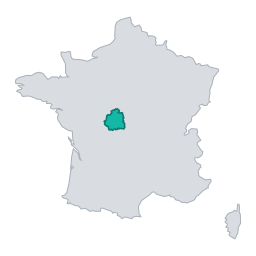 Indre on a map of France (Mercator projection)
{"feature_id": "FRA-5309", "entity_name": "Indre", "entity_type": "Metropolitan department", "adm_level": 1, "iso_a3": "FRA", "parent_name": "France", "parent_adm1": "", "projection": "mercator", "projection_center": [1.588, 46.82], "detail": "fine", "context": "in_parent", "style": "filled", "palette": "teal", "viewbox_px": 256, "rotation_deg": 0, "n_neighbors": 0, "source": "natural_earth", "source_scale": "10m", "svg_char_len": 5815}
<svg xmlns="http://www.w3.org/2000/svg" viewBox="0 0 256 256"><path d="M210.2,101.8L208.3,102.8L207.1,105.0L205.9,105.5L203.7,105.5L202.6,104.2L200.0,105.0L198.9,106.4L200.5,108.1L195.3,114.9L191.9,116.7L191.2,121.2L187.3,124.5L185.8,128.0L185.7,128.7L186.7,129.8L186.3,132.1L184.3,133.5L184.3,135.0L184.9,135.2L187.9,134.0L189.1,132.7L188.4,130.8L191.5,128.6L197.0,129.1L197.6,132.1L196.9,134.7L200.8,140.1L197.4,142.6L197.2,144.3L200.7,149.7L202.9,151.9L201.7,155.5L198.0,157.8L195.7,157.6L194.6,158.2L194.7,159.3L196.4,162.6L200.4,164.7L201.0,167.1L199.9,168.0L198.0,171.7L198.8,173.5L198.5,174.3L198.9,175.6L200.0,176.8L205.5,179.9L210.5,179.3L211.2,181.1L208.1,185.9L208.3,188.0L206.7,188.0L206.4,188.8L203.3,190.4L198.4,195.2L196.0,196.6L195.1,199.0L193.7,200.3L186.6,203.1L185.2,202.4L181.8,202.5L179.6,200.8L175.4,199.7L174.1,197.2L170.2,196.7L170.0,195.0L164.5,196.6L156.8,194.3L154.1,191.8L151.9,192.4L149.9,194.6L141.6,200.5L138.4,206.4L139.0,213.4L140.9,216.8L135.8,216.3L132.8,217.3L132.1,218.7L125.0,217.0L122.3,218.5L121.6,218.4L120.7,216.9L117.2,215.3L117.7,214.1L117.2,213.1L113.9,212.3L112.8,213.3L111.6,211.3L102.4,208.1L100.9,208.2L100.3,211.3L94.3,211.2L93.5,210.6L89.7,211.3L85.6,208.4L81.1,208.9L78.3,205.9L75.6,205.7L71.8,204.2L70.1,203.3L69.9,202.4L68.7,203.8L67.3,203.5L67.0,203.1L67.9,201.4L68.1,199.4L63.4,198.0L62.1,196.6L62.1,195.8L64.6,195.2L66.9,192.4L69.1,182.5L70.7,170.6L71.9,168.4L73.4,167.7L72.2,166.1L70.7,168.3L71.6,157.3L73.3,148.9L77.3,152.4L78.3,153.8L79.4,158.8L81.7,160.8L80.2,158.8L78.8,152.3L77.9,150.4L71.5,144.9L71.3,143.6L74.1,144.3L72.9,140.1L72.3,131.3L68.4,130.4L62.2,126.7L57.9,119.9L57.4,117.4L58.5,114.7L57.6,113.0L55.7,111.8L57.1,109.4L58.4,109.2L62.9,110.5L59.2,108.3L53.3,109.1L50.9,108.3L50.5,106.7L52.1,104.6L50.1,103.3L46.7,103.6L46.3,103.1L47.3,101.6L46.4,101.0L43.7,101.6L42.1,101.1L40.6,99.4L36.1,99.0L35.1,98.0L28.9,96.0L22.4,96.4L20.6,93.0L16.7,91.3L17.5,90.2L21.4,89.2L22.2,88.2L19.3,86.8L18.3,85.4L23.6,85.1L21.2,83.6L16.0,83.7L15.4,81.6L16.0,79.5L19.0,77.6L26.4,75.5L31.9,75.4L35.7,73.0L39.5,72.3L43.0,73.5L47.9,79.5L51.8,76.9L57.6,77.0L58.8,78.5L60.3,75.7L61.6,77.3L68.7,76.8L67.0,75.7L65.7,73.1L65.4,63.6L61.8,56.7L60.9,54.1L61.1,52.0L65.3,52.4L68.8,51.4L70.5,52.0L70.9,56.5L72.4,59.1L82.1,59.9L87.7,61.3L92.5,58.8L96.9,57.7L97.2,57.1L94.7,57.3L92.4,56.2L92.0,55.0L93.3,51.5L100.0,47.6L109.9,44.3L112.5,42.1L115.4,38.1L114.7,37.0L115.2,26.0L116.6,22.4L120.4,19.7L130.1,17.1L131.3,20.6L131.2,22.6L133.7,25.7L135.0,26.7L139.2,25.0L141.2,27.9L141.8,31.2L146.9,32.5L148.4,36.7L149.3,35.8L152.5,36.0L154.0,36.3L156.0,38.2L155.4,40.7L156.3,41.9L155.4,44.2L156.0,45.2L161.9,45.2L163.6,44.2L164.4,41.9L166.2,40.5L166.8,40.9L165.7,45.2L166.5,46.3L166.9,49.4L169.1,49.7L173.4,52.1L177.0,56.2L181.4,55.5L184.9,57.7L188.6,56.6L192.0,57.8L193.2,59.0L196.3,64.6L198.8,63.5L200.5,64.2L201.1,65.8L207.6,64.8L208.8,66.4L210.1,67.0L218.4,69.1L218.4,71.2L213.7,77.2L211.6,85.6L210.2,88.5L209.7,90.7L210.1,92.2L209.8,94.5L208.8,99.9L209.4,101.5L210.2,101.8ZM239.5,208.8L239.1,211.9L240.3,214.2L240.6,223.2L238.3,227.5L237.9,232.8L234.9,238.9L230.3,236.2L228.9,234.7L230.2,232.3L227.5,231.0L228.2,228.7L227.9,227.6L226.0,227.4L225.9,226.8L227.3,225.1L227.3,223.9L225.5,222.6L225.1,221.3L226.9,219.9L226.1,218.7L225.1,218.4L227.5,214.3L229.1,213.0L232.7,211.9L234.1,210.4L236.5,211.2L236.9,210.8L237.7,204.2L238.5,204.2L239.3,205.0L239.5,208.8ZM71.8,140.6L71.2,142.5L68.8,139.1L68.5,137.3L71.8,140.6Z" fill="#d9dde1" stroke="#a8b0b8" stroke-width="1"/><path d="M110.9,113.9L111.0,113.7L111.1,113.2L111.5,113.1L111.8,112.5L111.7,112.0L111.5,111.6L111.2,111.2L112.7,110.3L113.5,110.1L114.3,110.3L114.4,109.8L114.7,109.6L115.0,109.5L115.4,109.6L115.4,109.4L115.5,109.1L115.6,108.9L116.1,109.0L116.4,109.2L116.6,109.2L117.5,108.8L119.3,110.5L119.3,111.1L119.0,111.7L118.2,112.5L118.6,112.7L120.0,113.1L120.3,113.1L120.9,112.7L121.3,112.7L122.1,112.8L122.4,112.9L122.5,113.1L122.6,113.3L122.6,113.5L122.6,113.8L122.5,114.3L122.6,114.6L123.0,115.0L123.3,115.5L123.3,115.9L123.1,116.5L123.0,116.9L123.2,117.2L123.7,117.5L123.9,117.8L123.8,118.0L123.3,118.5L123.2,118.8L123.0,119.2L123.0,119.7L123.0,120.0L123.4,120.3L123.5,120.4L123.6,120.7L123.5,120.9L123.0,121.4L122.9,121.6L122.8,121.8L122.9,122.0L123.1,122.2L123.8,122.3L124.0,122.4L124.1,122.6L124.1,122.8L124.1,123.0L124.1,123.3L124.5,123.6L124.7,123.9L124.7,124.2L124.7,124.6L124.7,124.9L124.3,125.6L124.3,125.9L124.3,126.0L124.6,126.2L124.7,126.4L124.8,126.9L124.9,127.2L124.8,127.5L124.7,127.7L124.3,128.2L124.1,128.4L124.0,128.8L123.4,128.9L122.9,128.7L122.0,128.7L121.9,128.7L121.5,128.5L121.3,128.5L119.9,128.4L119.8,128.5L119.6,128.5L119.3,128.8L119.1,128.8L118.9,128.8L118.8,128.7L118.5,128.2L118.3,128.1L118.2,128.1L117.9,128.3L117.9,128.5L117.9,128.8L117.9,129.0L117.7,129.3L116.8,129.2L116.6,129.3L116.4,129.4L116.3,129.6L116.1,129.7L115.7,129.7L115.5,129.4L115.5,129.2L115.3,129.1L114.9,129.1L114.7,129.1L114.3,129.0L114.1,129.0L113.1,130.1L112.6,130.4L111.9,129.9L111.7,129.7L111.5,129.4L111.3,129.4L111.1,129.5L111.0,129.8L110.9,129.9L110.6,129.9L109.9,130.0L109.7,130.0L109.3,129.8L109.1,129.8L108.8,129.6L109.1,128.7L108.9,128.4L108.6,128.2L108.3,127.8L108.3,127.6L108.4,127.1L108.4,126.9L108.3,126.7L108.2,126.6L108.0,126.3L107.8,126.3L107.7,126.2L106.7,126.2L106.4,126.0L106.4,125.6L106.2,125.5L105.8,125.4L105.4,125.2L105.1,124.8L104.9,124.6L104.7,124.4L104.6,124.0L104.6,123.7L104.6,123.3L104.6,123.1L104.7,122.8L104.8,122.7L104.8,122.4L104.7,122.2L104.5,121.8L104.4,121.5L104.2,121.3L104.7,120.9L105.1,121.4L105.7,121.2L106.1,120.1L106.6,117.5L106.6,117.1L106.6,116.9L107.0,116.7L107.0,116.4L106.9,115.9L106.9,115.6L107.2,115.2L107.6,115.0L108.5,114.7L108.8,114.8L109.6,115.1L109.8,115.1L110.3,114.6L110.7,113.9L110.8,113.8L110.9,113.9Z" fill="#14b8a6" stroke="#0f766e" stroke-width="1.5"/></svg>